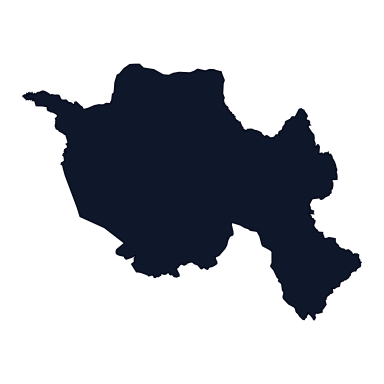 outline of Sanxay, Attapu, Laos
{"feature_id": "54806243B69269956902772", "entity_name": "Sanxay", "entity_type": "district", "adm_level": 2, "iso_a3": "LAO", "parent_name": "Laos", "parent_adm1": "Attapu", "projection": "orthographic", "projection_center": [107.296, 15.037], "detail": "fine", "context": "isolated", "style": "filled", "palette": "ink", "viewbox_px": 384, "rotation_deg": 0, "n_neighbors": 0, "source": "geoboundaries", "source_scale": "gbopen_adm2", "svg_char_len": 5958}
<svg xmlns="http://www.w3.org/2000/svg" viewBox="0 0 384 384"><path d="M117.3,75.2L115.1,82.4L114.3,92.7L112.6,94.3L111.9,100.3L110.2,103.8L106.3,103.5L103.1,105.1L98.7,104.9L94.5,105.8L88.1,108.5L84.3,109.5L83.1,109.3L81.9,107.0L80.4,106.1L76.1,102.0L75.0,102.3L74.5,104.6L73.3,104.8L71.2,103.1L70.2,102.7L68.8,102.9L66.0,100.1L63.7,100.4L62.0,100.2L60.8,99.5L59.1,95.8L58.1,95.2L54.9,95.4L51.5,94.7L50.0,95.5L48.9,94.0L45.5,92.0L42.9,91.1L40.1,92.1L39.5,92.9L38.0,92.5L35.2,94.5L34.4,93.7L34.0,94.4L32.8,94.4L32.0,92.8L31.2,93.9L30.2,93.1L29.2,93.9L28.9,92.8L27.9,93.6L27.5,95.3L26.8,94.0L26.5,94.9L24.5,95.0L23.0,96.1L25.5,98.5L26.6,98.9L26.5,99.5L27.8,99.1L28.3,99.6L29.5,98.9L30.5,99.7L31.4,99.1L33.5,99.1L33.5,99.8L32.9,100.5L34.8,100.5L36.3,105.6L41.9,105.7L46.8,106.4L47.4,107.2L47.4,108.9L47.9,109.0L47.7,109.8L48.2,110.5L49.5,110.8L50.8,111.7L52.3,111.8L54.0,112.5L57.2,114.4L57.8,115.5L57.0,117.5L55.6,118.5L56.1,120.2L55.8,121.9L56.2,122.6L55.6,124.1L55.4,126.1L56.4,128.8L58.7,129.7L59.2,130.9L63.5,133.2L64.7,134.3L65.8,134.3L68.0,141.4L67.9,143.5L66.4,144.1L68.1,146.2L67.6,146.9L68.1,148.0L66.9,148.2L64.8,149.6L64.4,151.5L64.9,152.0L65.9,151.9L66.1,152.3L63.7,153.6L63.0,155.3L64.2,156.4L64.7,160.6L63.7,161.9L61.6,162.9L61.3,164.3L63.0,165.2L63.2,167.3L65.4,175.3L77.6,207.9L80.2,216.4L104.6,227.5L124.8,243.1L116.8,249.7L116.2,251.9L116.3,253.0L117.1,254.0L119.2,255.0L124.6,256.2L124.8,257.7L126.2,259.0L131.6,257.2L134.4,255.6L135.7,255.7L135.7,256.7L134.4,258.1L134.5,262.1L131.8,264.1L136.2,271.2L136.8,271.8L138.7,271.8L141.8,272.5L148.0,274.9L148.8,275.8L152.1,274.8L153.9,275.7L154.0,277.0L154.8,277.4L155.3,277.3L155.3,276.5L158.3,276.5L159.5,275.8L160.5,275.2L160.7,274.0L161.1,273.7L161.9,273.5L163.7,273.8L163.9,274.2L165.3,274.1L166.7,273.4L166.6,272.8L167.2,272.3L168.6,272.3L170.0,274.4L170.8,274.7L171.5,274.3L173.0,274.8L173.8,276.2L175.0,276.7L175.4,276.1L176.6,276.9L179.0,275.9L178.9,274.5L176.2,269.1L176.7,267.9L177.6,267.6L179.6,265.0L181.2,263.8L184.2,265.0L186.4,263.9L187.4,262.8L191.6,261.7L193.1,262.3L194.2,263.5L198.0,264.9L201.0,268.5L201.6,268.7L203.7,267.3L204.4,267.3L205.9,268.7L207.6,269.2L208.7,267.4L209.9,266.6L210.9,266.7L212.5,266.2L215.8,264.3L216.7,263.4L216.7,262.1L215.3,259.1L214.9,257.0L218.8,255.3L224.7,248.5L226.5,245.2L227.7,240.2L229.2,237.0L230.3,235.8L232.3,235.1L232.9,234.4L232.7,231.5L231.1,224.6L231.3,223.2L231.9,222.5L232.9,222.5L240.4,224.8L245.3,227.6L248.3,228.4L250.5,230.2L257.2,231.2L260.1,236.5L261.9,243.8L262.7,245.7L269.3,249.2L271.3,250.5L272.2,251.9L272.2,263.2L271.0,265.5L270.9,266.4L274.0,270.2L277.4,277.4L279.3,278.8L278.6,281.0L281.3,283.2L281.9,284.2L282.6,290.1L284.0,292.1L283.9,294.6L283.2,296.2L283.5,298.4L288.7,303.9L294.3,306.9L295.5,308.4L296.2,311.4L296.9,312.5L298.4,313.7L299.7,316.0L303.1,319.3L304.3,319.4L304.6,318.2L306.1,317.3L306.3,315.7L307.5,314.3L307.6,313.0L308.4,313.2L310.8,315.2L313.3,318.4L313.6,319.5L314.2,319.6L315.3,317.6L314.5,315.6L315.5,312.8L317.8,313.2L322.0,312.0L321.9,309.6L323.0,308.7L325.9,304.5L324.9,300.7L325.3,299.6L326.0,299.1L325.8,297.6L326.5,297.1L327.0,296.0L329.1,294.6L329.5,293.4L331.0,293.4L332.6,292.2L332.0,288.5L333.9,288.2L334.4,288.4L336.7,286.8L339.3,286.2L339.9,282.6L341.9,281.0L343.0,281.0L343.9,279.8L345.4,279.7L348.1,277.8L348.8,277.0L348.9,276.2L350.1,275.3L350.3,273.3L352.0,271.6L354.1,270.8L355.7,270.8L356.4,269.0L358.0,267.6L360.1,266.5L360.5,265.0L359.9,263.9L361.0,262.4L359.2,261.3L359.7,260.0L358.3,258.3L358.5,254.9L357.0,254.1L354.6,254.0L353.5,255.0L352.3,254.1L351.5,252.4L348.5,249.9L345.3,250.7L343.7,249.1L342.4,249.3L339.0,247.4L338.0,245.1L336.2,243.8L335.1,241.9L335.1,238.8L329.0,237.7L326.3,238.7L324.9,238.7L323.8,238.1L323.5,236.1L322.1,235.3L322.8,234.7L322.4,234.1L322.5,232.6L318.4,232.3L316.9,230.1L315.6,229.2L313.8,226.6L313.5,224.9L314.6,222.4L314.9,220.8L313.8,220.4L313.5,219.2L312.9,218.7L312.5,218.9L311.3,218.2L311.2,217.0L310.4,215.4L308.8,214.6L308.9,213.6L309.2,213.4L313.4,213.6L312.8,212.6L313.5,211.2L310.7,210.1L310.0,208.9L310.2,207.8L309.0,204.5L311.2,200.3L311.1,199.4L313.7,198.3L317.4,198.0L319.6,197.3L320.2,198.7L321.1,199.3L323.1,198.5L324.6,197.0L329.1,194.9L329.2,193.9L330.9,192.8L330.8,190.0L332.0,188.8L332.7,185.8L332.6,182.6L331.7,181.3L332.0,180.0L332.7,179.4L336.8,179.3L336.9,175.9L336.4,174.6L336.7,174.0L335.9,172.7L336.7,169.6L335.9,167.8L335.2,164.3L334.6,163.6L334.6,162.6L332.8,159.3L332.3,159.1L331.8,156.4L330.5,154.4L328.7,154.6L328.1,152.5L327.3,153.5L326.7,152.9L325.0,153.0L324.4,154.3L323.8,154.5L323.3,154.0L322.5,154.0L321.8,153.2L319.3,153.9L318.7,153.4L319.2,146.9L318.6,145.4L317.9,144.8L317.0,145.5L316.7,147.1L315.2,146.6L314.9,146.0L315.0,143.6L313.7,139.9L314.1,138.3L313.6,134.9L311.0,131.8L308.0,127.2L308.2,125.5L309.0,124.9L310.0,124.9L309.1,123.7L309.5,122.2L308.7,120.7L306.4,120.3L305.9,118.1L307.0,116.5L307.1,115.5L304.2,111.4L303.7,110.2L302.7,110.0L301.3,108.9L299.3,109.4L295.5,116.8L294.1,117.3L293.1,116.8L291.9,117.2L290.4,119.4L286.0,121.5L285.5,122.4L285.3,124.4L283.2,126.9L282.5,129.7L281.4,130.7L279.3,131.7L278.4,135.0L276.1,135.0L274.3,137.4L271.9,138.0L270.0,137.9L266.8,135.7L266.2,135.8L264.9,137.1L261.8,134.5L260.9,132.7L256.7,130.9L254.8,130.6L251.7,129.3L247.6,129.5L246.7,130.6L245.7,130.9L244.4,129.9L243.2,129.8L242.7,127.6L241.2,125.9L241.1,124.9L240.1,123.2L240.2,122.3L238.4,121.9L237.5,120.7L236.1,120.6L235.8,119.5L234.5,117.7L234.8,116.6L233.6,116.0L233.5,114.9L231.8,114.3L231.3,112.6L229.8,111.8L228.7,109.9L227.6,109.1L227.8,107.7L227.4,107.0L225.9,106.3L225.6,105.2L224.2,105.0L224.4,103.2L223.2,103.3L222.8,102.2L223.6,101.4L223.2,99.6L224.1,98.0L222.5,93.6L223.0,83.5L224.1,80.2L221.5,73.8L221.1,71.9L216.2,70.8L213.7,69.8L209.4,69.7L205.5,71.1L197.5,69.4L194.4,71.4L190.1,73.0L179.2,72.5L173.4,73.5L168.9,75.5L163.1,75.0L153.7,69.8L143.3,68.2L139.4,64.4L135.5,64.4L129.8,64.7L124.0,68.8L119.8,73.9L117.3,75.2Z" fill="#0f172a" stroke="#020617" stroke-width="1.5"/></svg>